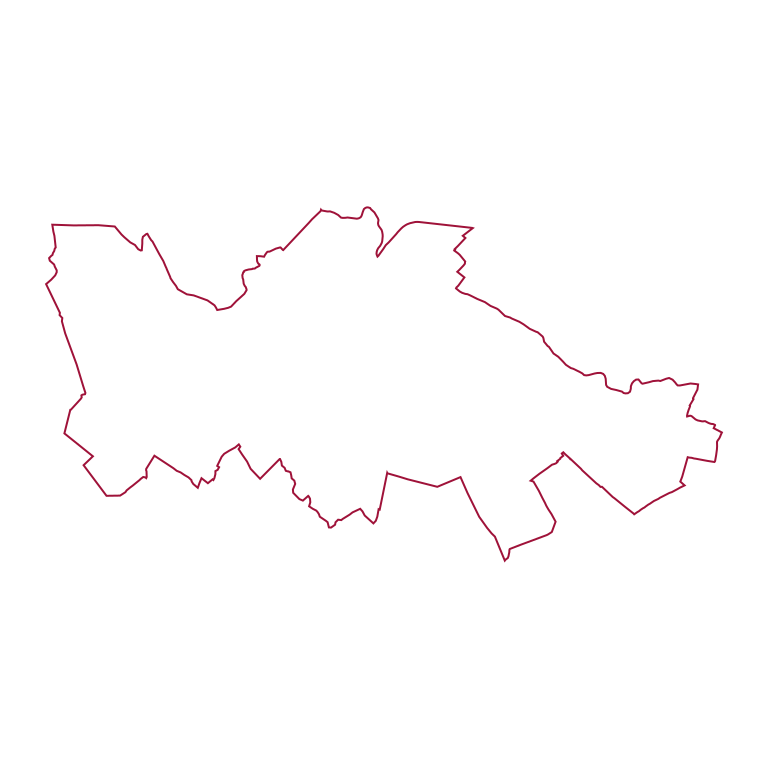 outline of Targoviste, Dâmbovita, Romania
{"feature_id": "2599482B69796081366270", "entity_name": "Targoviste", "entity_type": "district", "adm_level": 2, "iso_a3": "ROU", "parent_name": "Romania", "parent_adm1": "Dâmbovita", "projection": "orthographic", "projection_center": [25.462, 44.919], "detail": "fine", "context": "isolated", "style": "outline", "palette": "rose", "viewbox_px": 768, "rotation_deg": 0, "n_neighbors": 0, "source": "geoboundaries", "source_scale": "gbopen_adm2", "svg_char_len": 6077}
<svg xmlns="http://www.w3.org/2000/svg" viewBox="0 0 768 768"><path d="M698.1,384.4L695.5,384.0L690.5,383.5L679.8,385.5L677.6,385.4L676.3,384.0L675.2,382.5L672.6,379.7L669.1,378.0L666.3,378.7L660.3,381.0L658.3,380.6L652.9,381.1L649.1,382.2L642.6,383.7L641.6,383.3L638.5,379.5L636.1,379.6L633.8,381.2L632.0,383.4L630.9,386.2L630.8,388.8L630.0,391.7L627.9,393.2L625.5,393.4L623.6,393.0L622.0,391.6L616.2,390.0L611.1,388.9L607.2,386.8L606.1,384.9L605.7,378.8L604.8,375.8L603.2,373.9L600.7,372.9L597.3,373.0L594.6,373.5L588.7,375.1L586.3,375.4L584.1,375.1L582.3,373.4L579.8,372.0L573.3,368.8L570.7,368.0L565.9,364.8L563.1,361.7L558.3,356.8L553.5,353.5L549.4,347.5L548.8,346.7L547.7,346.1L544.1,341.7L543.4,338.1L542.7,336.6L537.6,332.2L536.2,331.8L529.7,328.8L523.5,324.3L519.4,321.8L511.5,318.4L510.3,317.6L505.0,316.0L498.5,309.7L496.8,308.6L490.5,305.9L484.9,302.1L477.2,298.9L470.2,295.4L467.5,294.2L465.3,293.9L462.1,292.8L459.8,291.5L456.0,288.4L456.4,287.5L458.3,285.7L464.4,277.4L457.3,271.8L459.4,269.8L463.5,265.5L464.9,263.7L465.0,262.1L465.2,261.5L459.7,254.8L457.9,253.2L454.3,250.6L455.1,249.7L454.6,249.2L457.8,246.1L465.4,238.0L462.8,235.8L472.8,228.1L472.2,227.9L419.1,222.0L417.3,221.9L415.2,222.0L410.0,223.2L407.1,224.3L405.5,225.2L403.1,226.8L401.3,228.4L397.7,232.2L396.1,234.2L388.7,242.4L385.8,245.1L383.2,249.1L378.3,255.9L377.5,256.6L376.9,255.2L376.5,253.8L376.7,251.8L377.2,250.1L378.2,248.2L380.2,245.8L381.7,243.0L382.2,241.3L382.7,236.2L382.6,234.3L382.1,231.5L381.5,229.8L378.9,226.2L378.3,225.0L378.0,223.2L378.5,220.0L377.9,218.3L374.4,212.4L371.0,209.3L370.1,208.0L368.0,207.4L366.9,207.4L365.4,207.9L363.9,209.1L362.7,212.2L361.9,214.9L361.4,216.1L360.6,217.3L358.8,218.3L356.9,218.7L347.5,217.5L345.4,217.8L342.7,217.9L341.0,217.6L338.2,215.0L334.2,212.8L330.1,211.4L327.4,211.5L322.4,210.6L321.4,210.2L321.0,209.7L320.6,211.1L312.0,219.3L308.8,222.9L283.2,250.1L282.8,249.9L280.6,247.5L280.2,247.4L275.9,248.6L269.6,251.6L267.8,251.7L267.2,252.0L266.8,252.4L264.9,255.1L264.1,256.7L260.5,256.2L256.9,256.1L257.0,259.8L257.2,261.5L258.1,263.3L258.8,264.1L259.2,264.2L259.6,264.6L259.6,265.4L259.3,265.9L255.7,267.8L255.1,268.4L253.9,268.7L252.7,268.7L252.0,269.1L248.6,269.5L245.3,270.4L244.1,271.1L243.7,271.5L243.8,272.1L243.1,272.7L242.7,274.2L242.3,275.1L242.6,278.0L243.2,279.5L243.4,281.2L243.7,283.7L244.7,285.8L245.7,287.0L246.5,289.2L246.6,290.1L244.3,293.9L236.3,301.1L231.1,306.6L228.2,307.8L224.2,308.8L217.2,310.0L216.0,307.6L214.5,305.3L207.5,300.4L193.7,295.4L186.8,294.3L177.8,289.2L176.0,285.9L173.1,282.1L170.5,278.2L170.2,277.0L166.7,269.0L166.5,268.3L165.8,266.9L163.3,261.0L159.4,254.3L156.8,249.5L152.5,241.5L151.2,240.2L150.5,239.1L148.8,236.4L147.4,233.8L146.4,234.0L142.9,236.8L142.3,239.7L142.3,243.5L141.8,250.3L140.7,250.5L138.2,249.2L135.0,245.0L130.3,242.4L124.3,237.2L121.5,234.5L114.8,226.5L98.4,225.2L73.6,225.4L52.3,224.7L53.4,231.7L54.4,235.8L55.7,247.5L54.8,248.6L54.2,251.0L52.9,253.2L52.5,254.9L51.1,256.0L49.1,258.1L49.8,260.7L54.1,264.5L54.8,266.6L56.7,270.3L56.7,272.2L55.2,275.4L51.2,279.7L46.1,284.1L59.9,312.8L59.6,315.1L62.3,318.0L61.9,321.3L65.2,333.4L76.6,364.4L83.2,386.1L85.4,392.9L85.0,394.2L82.4,394.7L81.4,395.4L81.7,397.4L80.9,398.7L70.9,409.7L70.3,409.8L64.4,433.4L92.9,456.3L83.6,465.2L106.5,495.8L120.1,495.6L125.4,492.2L126.6,490.4L130.3,487.4L132.6,485.7L139.5,480.1L140.7,478.9L143.2,477.0L145.4,477.4L146.2,478.1L146.7,477.0L146.5,471.3L146.1,470.2L146.2,468.9L154.4,455.7L173.4,468.2L176.7,470.8L180.6,472.4L184.4,475.0L188.5,477.4L191.4,480.1L191.7,481.5L193.3,484.0L197.8,487.8L199.6,482.7L201.5,478.2L207.9,483.2L212.6,479.3L213.4,480.0L214.4,478.1L215.4,474.1L215.4,471.1L217.6,469.9L219.1,467.2L217.2,465.9L221.7,456.7L224.2,453.8L229.4,450.6L235.3,447.4L238.8,444.4L240.3,446.7L238.6,449.1L242.2,454.6L247.1,461.6L250.6,468.8L260.1,478.8L279.7,459.0L280.0,459.0L281.3,461.8L281.9,465.6L284.6,467.8L285.8,470.8L288.2,471.5L288.4,471.4L290.5,472.3L291.2,475.2L291.7,478.4L294.3,480.6L295.2,483.9L292.9,489.5L293.2,492.8L299.4,499.1L302.9,500.6L308.2,495.9L308.8,496.5L310.0,498.7L310.3,502.3L309.1,506.3L312.8,508.8L316.3,510.6L317.7,512.2L319.0,514.3L319.8,516.7L326.0,520.9L327.6,522.2L328.9,527.4L331.0,527.6L335.1,524.7L335.5,522.3L338.1,519.7L341.3,520.1L342.6,519.0L349.7,514.6L352.5,512.4L360.2,508.8L362.5,511.4L364.7,515.5L373.4,523.4L375.8,520.8L377.3,516.7L378.6,509.3L379.1,509.6L379.7,509.7L387.2,472.9L387.4,473.3L398.9,476.6L407.7,479.3L437.3,486.8L460.5,477.1L467.5,493.0L479.2,516.8L487.1,527.9L491.6,533.4L494.9,536.6L504.8,560.6L505.6,559.6L507.8,558.0L507.9,557.7L508.5,556.2L508.9,554.1L509.3,552.2L509.4,550.0L509.7,549.1L510.0,548.9L521.1,544.6L546.7,535.1L548.1,534.4L550.9,532.6L551.7,532.1L551.9,531.8L555.6,521.7L551.5,514.1L548.4,509.4L546.6,506.3L545.8,504.7L545.1,503.1L542.3,497.8L538.9,490.9L533.5,481.6L530.7,480.7L533.3,478.5L539.4,473.8L547.5,468.1L552.0,464.7L554.6,463.9L556.2,463.2L557.7,461.7L557.2,461.1L560.2,458.8L560.3,458.1L563.2,455.8L561.8,453.5L563.3,452.3L565.4,454.4L568.9,457.5L570.2,459.0L570.4,458.8L571.1,459.5L581.0,468.8L582.2,470.3L596.3,483.3L598.8,485.1L600.5,486.9L602.0,486.8L612.7,497.0L614.4,498.2L625.0,506.8L633.6,513.6L634.2,514.3L637.2,512.2L639.1,511.1L640.5,509.9L642.9,508.3L644.6,507.4L645.4,506.7L648.3,504.6L649.8,503.8L653.9,501.0L658.5,498.8L659.7,497.9L667.9,493.7L669.5,492.9L671.9,492.1L677.3,489.2L680.1,487.6L684.6,485.4L680.3,481.6L682.2,476.7L687.7,457.2L689.3,457.6L691.6,457.8L694.1,458.5L695.7,458.7L706.9,460.8L714.4,462.0L714.9,461.5L715.1,461.0L716.1,455.4L716.9,449.6L717.1,446.5L717.0,441.9L717.6,440.6L719.1,438.6L719.5,437.9L720.0,436.9L720.8,434.9L721.9,432.5L713.7,428.2L715.1,425.1L715.0,424.9L713.9,424.4L712.9,424.0L711.3,423.9L709.6,423.4L708.4,422.9L705.2,421.2L704.3,421.2L702.9,421.4L701.8,421.3L697.6,420.4L695.5,419.4L691.7,416.2L691.0,415.9L690.1,415.7L687.1,416.5L687.0,415.9L687.7,412.7L688.7,409.7L689.6,407.5L690.1,406.0L690.0,405.4L689.8,405.3L693.5,399.1L693.0,398.6L693.0,398.2L697.1,390.2L697.4,389.8L698.1,384.4Z" fill="none" stroke="#9f1239" stroke-width="2"/></svg>